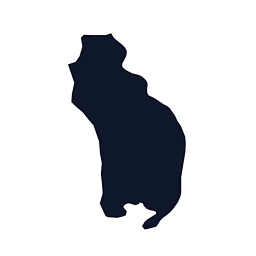 outline of Pongchon, Hwanghae-namdo, North Korea, rotated 71°
{"feature_id": "82179303B59678099693620", "entity_name": "Pongchon", "entity_type": "district", "adm_level": 2, "iso_a3": "PRK", "parent_name": "North Korea", "parent_adm1": "Hwanghae-namdo", "projection": "natural_earth1", "projection_center": [126.231, 38.15], "detail": "fine", "context": "isolated", "style": "filled", "palette": "ink", "viewbox_px": 256, "rotation_deg": 71, "n_neighbors": 0, "source": "geoboundaries", "source_scale": "gbopen_adm2", "svg_char_len": 1288}
<svg xmlns="http://www.w3.org/2000/svg" viewBox="0 0 256 256"><g transform="rotate(71 128 128)"><path d="M49.1,160.3L49.1,163.3L54.9,163.3L59.2,163.3L67.9,163.3L77.9,169.3L85.1,172.3L86.6,171.5L90.9,169.3L98.2,164.9L106.8,161.9L114.1,159.0L121.3,159.0L131.4,159.0L142.9,162.0L153.0,163.5L163.1,168.0L170.3,169.5L181.8,172.5L190.4,178.5L203.6,177.2L205.2,175.5L208.7,167.2L209.2,161.7L209.1,158.9L206.3,157.1L200.8,159.2L199.0,156.5L198.3,153.9L198.9,151.1L202.6,145.9L202.6,143.3L201.6,140.4L203.7,137.8L206.7,137.6L209.9,136.1L212.3,133.5L213.9,130.4L216.2,128.0L219.0,128.7L221.4,139.3L222.6,142.2L225.0,145.0L225.5,145.8L228.5,145.0L229.1,142.5L229.7,133.5L225.2,127.8L223.7,124.7L221.0,116.6L219.4,113.6L218.0,111.2L214.0,105.7L211.4,103.1L208.6,100.8L206.1,99.4L191.7,94.5L168.7,82.1L160.5,78.9L154.6,77.5L143.3,78.1L137.6,79.7L131.8,80.3L130.7,80.6L123.3,82.7L120.5,84.4L117.9,87.0L109.3,93.5L104.0,98.7L101.2,99.1L98.1,98.4L92.8,95.9L90.0,95.9L87.1,97.0L84.2,98.7L81.9,101.1L78.0,107.0L72.8,111.9L69.8,113.7L67.4,114.2L64.5,112.8L59.4,107.3L56.5,105.4L54.1,104.8L51.1,105.4L48.1,106.8L39.8,112.0L37.2,113.1L33.7,113.7L33.7,118.7L32.2,123.1L29.2,132.0L26.3,139.4L27.7,142.4L36.3,143.9L44.9,149.9L49.2,155.8L49.1,160.3Z" fill="#0f172a" stroke="#020617" stroke-width="1.5"/></g></svg>